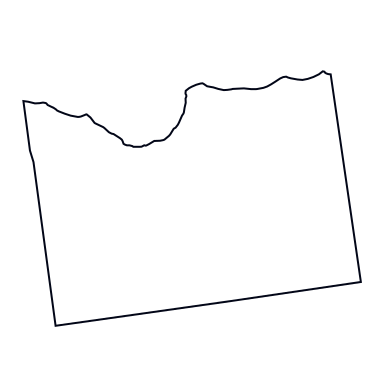 Knox, Nebraska, United States of America (Albers equal-area conic projection), rotated 352°
{"feature_id": "52423323B21307284690044", "entity_name": "Knox", "entity_type": "district", "adm_level": 2, "iso_a3": "USA", "parent_name": "United States of America", "parent_adm1": "Nebraska", "projection": "albers", "projection_center": [-97.924, 42.66], "detail": "fine", "context": "isolated", "style": "outline", "palette": "ink", "viewbox_px": 384, "rotation_deg": 352, "n_neighbors": 0, "source": "geoboundaries", "source_scale": "gbopen_adm2", "svg_char_len": 1393}
<svg xmlns="http://www.w3.org/2000/svg" viewBox="0 0 384 384"><g transform="rotate(352 192 192)"><path d="M346.7,304.6L345.7,94.8L343.3,94.2L341.5,93.3L340.4,92.4L339.9,91.3L338.3,90.7L334.1,93.1L328.2,95.0L322.4,96.1L317.0,96.4L312.2,95.3L305.8,93.2L303.0,92.0L301.3,90.9L298.3,90.9L295.2,91.8L289.5,94.5L285.3,96.4L281.1,98.0L277.2,98.8L270.4,99.1L265.0,98.4L257.8,96.6L246.6,95.6L245.3,95.8L241.2,95.8L237.6,95.5L232.4,93.6L227.5,91.3L226.2,90.9L221.7,89.4L218.4,86.4L217.4,85.8L215.3,85.8L211.1,86.4L206.4,87.7L203.5,88.8L199.9,90.9L199.3,93.2L199.3,94.0L199.8,95.2L199.7,96.6L198.6,98.6L198.2,102.8L196.4,107.5L195.0,112.1L194.4,113.2L192.8,114.9L188.8,121.4L187.3,123.5L184.7,126.0L182.7,126.8L178.4,132.0L177.0,133.2L172.0,136.3L170.7,136.6L167.5,136.8L161.7,136.2L156.1,138.6L153.2,139.6L152.4,139.6L151.2,139.1L148.4,140.1L146.9,140.0L140.2,139.1L139.4,138.3L137.6,137.5L136.6,137.1L134.0,136.7L132.1,135.7L130.9,134.7L130.4,132.1L129.8,130.4L128.1,128.6L122.4,123.7L120.5,123.0L118.0,121.2L114.2,116.5L113.1,115.4L105.7,110.5L105.1,110.0L101.8,104.1L98.5,100.5L98.0,100.4L96.2,100.9L92.4,101.8L90.8,101.9L89.4,101.8L82.5,99.5L77.0,96.8L71.3,93.6L69.6,92.4L68.8,91.3L66.8,89.5L61.2,85.8L60.1,84.0L59.4,83.5L56.9,82.7L53.2,82.8L48.8,82.4L42.3,79.8L37.7,78.5L37.3,128.4L39.2,140.3L38.3,305.5L40.3,305.5L215.4,305.4L346.7,304.6Z" fill="none" stroke="#020617" stroke-width="2"/></g></svg>